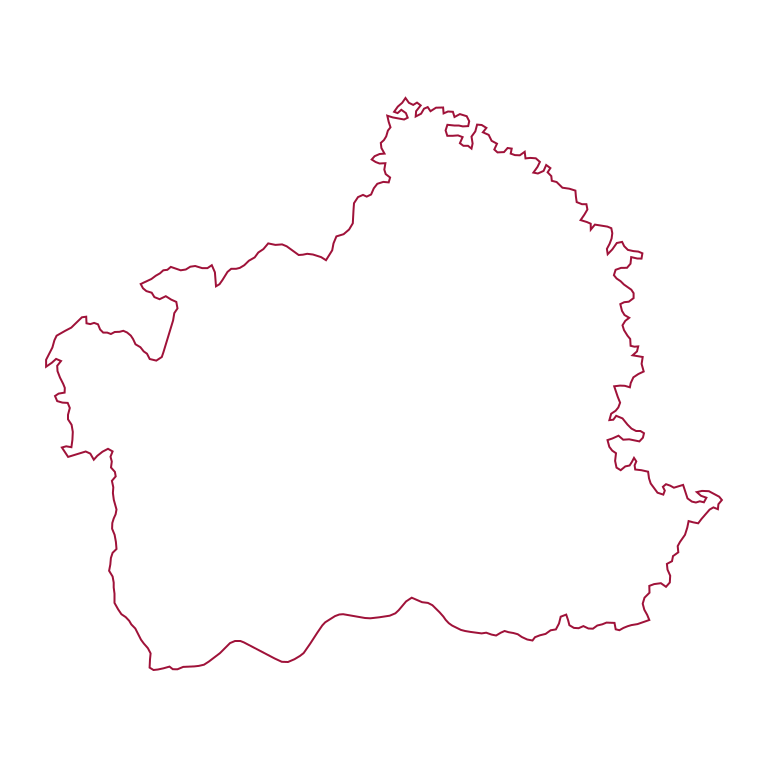 the district of Jóia, Rio Grande do Sul, Brazil
{"feature_id": "56859067B9941022435580", "entity_name": "Jóia", "entity_type": "district", "adm_level": 2, "iso_a3": "BRA", "parent_name": "Brazil", "parent_adm1": "Rio Grande do Sul", "projection": "albers", "projection_center": [-54.139, -28.741], "detail": "fine", "context": "isolated", "style": "outline", "palette": "rose", "viewbox_px": 768, "rotation_deg": 0, "n_neighbors": 0, "source": "geoboundaries", "source_scale": "gbopen_adm2", "svg_char_len": 6085}
<svg xmlns="http://www.w3.org/2000/svg" viewBox="0 0 768 768"><path d="M417.0,102.6L413.2,104.9L408.9,102.8L405.5,98.0L402.2,102.8L397.8,106.6L394.1,111.8L397.6,113.1L401.3,109.8L405.9,113.1L407.7,117.7L404.1,119.5L392.7,117.4L387.3,115.7L388.7,121.9L390.5,127.3L387.9,130.6L386.2,136.4L383.9,140.1L380.8,142.9L381.4,148.0L384.5,153.6L379.6,154.0L374.6,156.2L371.7,159.5L375.6,162.0L379.5,163.5L385.4,163.2L384.3,169.6L385.7,174.1L390.1,177.5L388.7,182.4L383.3,181.9L377.3,183.8L373.8,188.3L371.1,194.5L366.7,196.6L363.0,194.9L358.0,197.1L354.0,203.2L353.5,210.3L352.8,223.3L349.1,229.5L343.6,234.2L336.4,236.4L333.5,243.4L332.2,250.3L326.0,260.2L321.1,257.1L312.9,254.5L307.2,253.8L302.8,254.7L298.7,255.0L286.7,246.3L282.1,244.4L275.4,244.9L268.2,243.4L263.4,249.1L258.3,252.5L254.7,257.4L248.9,260.7L244.3,265.2L239.8,267.9L236.1,268.8L231.2,268.8L227.5,271.9L222.4,280.1L219.5,284.2L216.0,286.3L214.9,272.3L211.8,265.2L207.5,268.1L202.1,268.1L195.2,266.0L190.3,266.7L185.8,269.5L180.7,270.3L170.8,266.9L167.4,269.8L163.3,270.3L160.0,273.3L155.8,275.7L151.4,279.0L140.7,284.0L143.0,288.3L146.4,291.1L151.7,292.7L154.4,297.1L159.6,299.2L165.8,296.2L171.2,299.6L176.3,301.9L177.5,308.4L174.3,313.1L173.1,320.4L163.4,352.3L161.8,357.0L156.3,360.6L149.7,359.0L147.0,353.7L143.7,351.4L140.4,347.2L135.5,344.3L133.1,339.1L130.8,335.6L127.1,332.5L123.3,330.8L119.6,331.8L114.7,332.0L110.9,334.0L107.2,332.6L103.2,332.6L100.1,329.5L98.0,324.3L94.1,322.9L90.3,324.1L86.5,323.3L86.2,316.7L81.9,317.3L71.3,327.6L65.2,330.8L56.6,335.7L54.4,340.3L52.4,347.5L46.1,359.8L46.1,366.7L51.9,362.7L56.1,358.9L61.0,361.0L57.2,365.8L57.5,371.1L60.0,377.6L63.2,383.9L64.8,387.9L64.6,392.6L58.6,393.6L55.0,396.0L57.2,401.1L62.4,402.6L67.7,402.9L69.8,408.0L68.0,414.8L68.0,419.3L71.6,424.8L72.8,431.9L72.4,439.9L71.4,447.2L66.2,446.3L61.9,447.5L68.1,456.9L85.7,451.5L90.3,453.6L93.8,459.7L97.3,455.8L102.5,451.7L108.0,448.8L112.6,451.4L110.5,456.7L111.8,461.5L111.0,467.5L114.9,471.9L115.7,476.4L111.9,480.8L113.3,487.3L112.9,493.0L113.8,499.8L116.5,509.5L115.6,514.3L113.7,518.5L112.3,523.0L112.1,528.7L114.6,534.8L115.9,541.9L116.5,549.0L112.6,552.8L110.9,558.0L110.3,564.6L109.1,570.8L112.6,576.5L113.7,582.6L113.7,587.5L114.5,593.7L114.5,602.9L118.1,609.3L121.4,614.2L125.7,617.1L129.2,620.8L131.3,624.4L135.3,628.5L141.0,639.7L143.8,643.5L147.9,648.2L150.6,653.4L150.0,659.4L149.6,667.6L153.5,670.0L157.9,669.5L163.5,668.3L169.5,666.6L172.8,669.2L177.4,669.3L183.2,666.9L194.3,666.4L198.8,665.9L204.0,664.7L208.8,661.6L220.0,653.1L230.0,643.1L235.0,641.0L240.4,641.0L243.9,642.4L274.7,658.5L281.8,661.8L288.0,662.0L294.5,659.2L300.0,655.9L303.7,653.0L310.3,643.5L317.3,632.7L322.3,625.4L325.2,622.3L335.0,616.1L339.3,614.5L343.1,614.2L365.0,618.0L370.3,618.3L379.2,617.3L389.7,615.7L395.4,613.3L398.7,610.2L406.1,601.4L411.7,597.7L422.1,602.2L427.9,602.9L432.4,605.2L439.6,612.3L443.4,616.6L445.7,619.9L448.8,623.2L452.2,625.6L460.9,629.9L465.1,631.0L470.4,631.9L481.6,633.4L486.2,632.7L491.6,634.6L496.1,635.5L500.8,632.7L504.6,631.0L508.6,632.2L513.3,633.0L517.7,634.2L521.8,637.0L527.2,639.5L532.5,640.5L535.0,637.2L539.9,635.3L545.6,633.9L550.6,630.3L555.9,629.4L559.0,623.5L560.7,616.7L566.2,614.6L568.1,620.2L569.4,625.2L573.9,627.9L578.6,628.2L583.4,626.1L588.4,628.5L592.9,628.7L597.3,625.5L602.3,624.3L606.5,622.6L614.5,622.9L615.7,629.3L619.4,630.2L623.5,627.9L627.7,626.2L631.4,625.1L637.5,624.1L649.3,620.0L647.2,614.9L644.3,609.7L642.7,603.7L644.5,597.7L649.5,592.7L649.3,585.9L654.1,584.1L660.9,583.2L666.0,586.8L669.8,582.5L670.2,575.7L667.5,569.6L666.9,563.9L672.0,561.2L673.0,556.1L678.3,552.3L677.7,546.1L680.0,541.9L685.0,534.8L687.3,527.5L688.6,521.1L693.1,522.3L698.2,523.3L701.6,518.8L709.6,509.6L713.4,507.4L717.9,509.2L718.4,504.2L721.9,500.0L719.2,496.7L708.9,491.2L702.0,490.9L696.8,492.1L701.0,495.8L706.4,497.7L703.9,502.3L699.8,501.3L695.9,502.5L691.9,501.6L687.5,498.4L683.1,484.9L673.9,487.7L670.1,485.6L666.0,484.2L662.9,486.8L664.8,490.6L663.3,494.6L657.5,492.7L650.7,483.5L649.0,478.3L648.1,471.7L641.4,470.2L635.2,469.5L634.6,465.3L636.3,461.4L634.0,457.9L631.9,461.9L629.6,465.5L625.3,466.4L620.7,470.2L616.5,467.6L615.1,460.9L616.0,453.2L612.2,450.6L609.3,446.8L607.5,440.1L612.3,438.5L618.5,435.7L623.2,439.7L629.2,439.3L639.4,441.4L642.9,437.7L644.0,433.2L640.4,431.0L636.1,431.0L631.5,428.6L627.5,424.6L622.5,418.4L616.2,415.8L613.3,419.7L609.4,420.1L611.2,413.7L615.6,410.8L618.3,407.5L620.1,402.7L617.7,396.7L614.2,386.3L620.0,385.6L624.8,385.8L629.9,387.3L630.7,383.1L633.4,377.3L638.4,374.0L643.7,371.5L641.6,363.9L642.7,357.0L632.6,355.3L637.0,351.4L638.2,346.4L634.4,346.7L630.6,345.8L630.2,339.0L627.5,335.7L624.0,330.1L622.5,325.3L625.3,320.8L629.2,317.8L624.5,315.0L622.0,310.9L620.3,304.1L624.2,302.2L628.8,301.7L633.6,298.1L633.6,293.2L631.3,289.7L623.9,284.5L620.6,281.2L616.6,278.5L613.9,275.2L615.6,269.8L621.0,267.9L627.0,267.8L630.5,263.7L631.2,257.1L637.2,258.5L641.5,258.6L642.4,253.3L638.4,251.6L633.4,251.1L627.9,249.9L624.2,246.2L622.1,241.9L616.8,243.0L612.3,249.4L607.7,254.2L606.9,248.9L609.6,243.8L611.6,238.5L612.3,233.2L611.3,228.2L607.4,226.6L594.9,224.6L590.8,229.6L590.7,223.7L586.8,222.0L580.6,220.1L584.4,214.6L587.4,209.5L586.4,204.2L582.0,204.2L576.7,202.1L575.9,196.5L575.4,190.6L569.3,188.7L562.4,187.7L556.6,182.0L551.8,180.8L551.3,176.1L547.6,172.3L550.4,168.1L546.2,165.0L543.6,170.9L537.9,173.5L533.4,172.6L537.5,166.9L539.9,161.9L535.8,158.3L530.2,157.9L525.5,158.4L524.7,151.8L519.8,155.3L514.9,155.1L510.7,153.6L511.7,148.6L507.6,148.0L504.0,152.1L497.5,152.4L494.3,149.5L497.0,143.7L491.6,140.8L488.7,134.9L482.9,132.3L486.4,127.9L481.7,125.0L477.1,124.6L475.3,131.4L471.5,136.6L472.6,143.5L471.5,148.6L468.0,145.8L463.4,145.8L459.9,143.2L462.6,137.1L458.0,135.4L452.6,135.8L447.3,135.8L445.6,130.4L447.4,124.8L454.1,125.5L458.7,125.5L462.8,126.4L468.2,126.1L469.2,121.2L466.7,116.2L459.9,114.1L454.5,117.0L452.9,111.8L448.0,111.5L443.6,113.4L443.1,107.5L436.0,107.7L430.5,111.2L427.7,107.1L424.0,108.7L421.1,113.7L415.7,116.5L416.1,111.2L420.7,105.4L417.0,102.6Z" fill="none" stroke="#9f1239" stroke-width="2"/></svg>